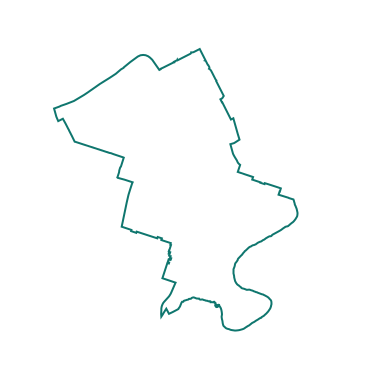 Bayswater, Western Australia, Australia (orthographic projection), rotated 333°
{"feature_id": "25037944B12143686182506", "entity_name": "Bayswater", "entity_type": "district", "adm_level": 2, "iso_a3": "AUS", "parent_name": "Australia", "parent_adm1": "Western Australia", "projection": "orthographic", "projection_center": [115.908, -31.909], "detail": "fine", "context": "isolated", "style": "outline", "palette": "teal", "viewbox_px": 384, "rotation_deg": 333, "n_neighbors": 0, "source": "geoboundaries", "source_scale": "gbopen_adm2", "svg_char_len": 6039}
<svg xmlns="http://www.w3.org/2000/svg" viewBox="0 0 384 384"><g transform="rotate(333 192 192)"><path d="M263.9,120.8L263.9,104.2L264.1,104.1L264.2,103.9L264.4,103.7L264.2,103.1L264.1,102.3L264.1,101.7L264.1,93.1L264.0,92.1L263.8,91.2L263.4,90.3L263.1,89.9L263.5,89.6L263.9,89.2L264.1,88.8L264.1,88.3L264.1,86.3L263.8,85.9L263.8,81.3L263.6,81.1L263.8,81.1L263.8,68.1L256.9,68.1L256.0,67.9L255.1,67.5L254.7,67.2L254.3,67.7L253.8,68.0L253.2,68.1L239.6,68.1L239.0,68.1L239.0,67.6L238.8,67.8L235.0,67.8L235.0,68.4L234.5,68.3L234.2,68.2L222.5,68.1L220.3,68.0L220.1,68.0L219.9,68.4L218.3,68.4L216.6,56.1L215.5,53.0L214.5,51.1L212.8,49.1L210.7,47.7L208.2,46.8L205.2,46.7L196.0,48.2L187.8,50.0L187.4,50.3L184.4,50.5L177.7,52.1L170.6,52.9L159.0,53.9L143.3,56.1L139.9,56.5L128.1,57.3L120.0,56.5L114.4,55.7L112.6,55.7L107.0,55.0L105.3,63.4L105.1,66.4L105.0,68.1L110.2,68.1L110.4,73.8L110.4,79.9L110.5,80.3L110.4,81.3L110.4,88.2L110.3,93.9L110.7,94.2L136.3,119.8L137.4,120.6L139.2,122.6L146.4,129.9L146.8,130.4L140.2,137.1L139.4,137.4L138.8,137.9L136.9,139.9L136.2,141.0L135.6,141.7L132.4,144.9L132.1,145.1L132.2,145.6L137.5,150.4L143.5,156.4L142.4,157.3L138.4,161.3L134.3,165.5L133.1,166.9L129.0,171.8L113.6,191.0L120.8,198.3L120.0,199.2L123.8,203.1L124.7,202.2L140.0,217.5L141.0,216.5L144.1,219.6L143.0,220.6L143.3,220.9L143.1,221.1L149.9,227.9L148.7,229.2L149.2,229.7L145.3,233.6L145.2,233.5L144.3,234.4L144.7,234.8L144.5,235.1L145.2,235.8L144.1,236.8L143.4,236.2L143.2,236.4L143.9,237.1L142.7,238.3L143.0,238.6L143.0,238.8L143.8,239.5L142.5,240.7L143.4,241.6L142.4,242.6L141.9,242.2L141.6,242.5L140.6,241.4L138.6,243.4L139.6,244.5L138.9,245.2L137.8,244.1L136.9,245.0L126.5,255.4L136.2,265.3L127.7,272.3L126.5,273.2L124.5,274.4L123.6,274.8L118.1,276.9L117.3,277.2L116.0,277.8L115.0,278.5L113.9,279.4L113.0,280.3L112.3,281.2L111.6,282.2L111.2,283.1L109.1,286.7L108.1,289.1L110.4,287.8L111.9,286.8L116.1,284.3L116.2,290.1L120.4,290.2L126.7,290.1L127.1,289.7L128.4,289.1L129.5,288.4L130.3,287.7L130.8,287.2L131.6,286.6L132.3,285.9L133.0,285.5L133.4,285.3L134.2,285.8L134.5,285.8L134.8,285.6L135.0,285.5L135.3,285.3L135.9,285.3L137.1,285.6L138.6,285.8L139.6,286.1L140.1,286.1L140.6,285.9L140.9,285.9L141.6,286.3L142.7,286.6L143.0,286.5L143.5,286.3L143.9,286.3L144.4,286.3L145.2,286.5L145.5,286.6L146.0,287.0L146.9,288.0L147.3,288.5L147.9,289.1L149.9,290.2L149.9,290.8L150.2,291.3L150.5,291.6L151.3,292.0L152.2,292.3L152.6,292.5L153.4,293.5L155.0,294.9L155.1,295.2L156.2,295.8L156.8,296.6L157.1,296.9L157.9,297.2L158.7,297.7L158.8,297.9L158.7,298.1L158.4,298.3L158.4,298.6L159.2,298.9L159.9,299.4L160.8,299.7L161.4,299.7L161.8,299.8L162.1,300.0L162.1,300.5L161.8,301.0L162.2,301.4L162.4,301.4L162.5,301.5L162.3,302.1L162.2,302.6L162.5,303.4L162.8,303.9L162.9,304.3L162.8,304.5L162.6,304.6L162.2,304.6L161.9,304.4L161.7,304.2L161.5,303.6L161.3,303.4L161.2,303.5L161.1,304.0L161.2,304.4L161.3,305.3L161.4,305.5L161.5,305.6L161.9,305.8L162.5,306.0L162.8,306.0L163.4,305.7L163.5,305.4L163.4,305.1L163.4,304.6L163.5,304.4L163.8,304.4L164.4,304.5L164.9,304.9L164.7,306.0L164.9,307.6L164.9,307.9L164.9,308.8L164.6,310.5L164.0,312.5L163.2,314.6L161.8,316.5L161.4,317.5L160.9,319.1L160.8,319.8L160.4,321.2L160.1,322.0L159.7,323.2L159.3,325.2L159.3,325.5L159.4,326.0L159.8,326.9L160.1,327.9L160.6,329.0L161.4,329.9L162.7,331.0L163.2,331.6L163.9,332.4L164.9,333.2L167.3,334.9L168.8,335.6L170.7,336.3L171.7,336.6L174.7,337.2L175.8,337.3L176.7,337.3L178.5,337.0L179.5,337.0L180.2,336.8L181.4,336.8L182.3,336.8L186.1,336.0L187.3,336.0L187.8,336.0L188.6,336.0L190.5,335.7L192.7,335.6L194.9,335.3L195.5,335.3L196.0,335.5L196.6,335.4L196.8,335.4L197.1,335.1L197.3,335.1L198.3,335.0L199.5,335.0L202.3,334.2L202.9,334.1L203.7,333.8L204.1,333.6L205.3,333.2L205.9,332.9L208.8,331.3L210.0,330.2L210.6,329.6L210.9,329.1L211.6,328.4L211.9,328.0L212.3,327.2L212.8,326.1L213.1,325.1L213.1,324.2L213.0,323.7L212.6,322.5L212.3,321.2L211.7,319.8L209.8,317.0L209.3,316.4L208.8,315.6L207.8,314.8L206.9,313.8L204.8,311.5L204.4,310.9L204.2,310.7L203.7,310.4L202.9,309.4L201.9,308.4L201.7,308.0L201.0,307.2L200.1,306.4L199.9,306.2L199.3,305.5L199.0,305.2L198.0,304.7L196.5,304.1L195.8,303.4L194.6,302.0L193.1,300.7L192.6,300.2L192.5,299.9L192.3,299.1L192.2,298.6L191.6,297.7L191.3,296.6L190.7,295.7L190.3,294.7L190.0,292.8L190.0,292.1L190.0,290.7L190.1,290.4L190.3,289.6L190.5,288.6L190.7,287.8L190.9,287.0L191.3,286.2L191.8,284.3L192.0,283.4L193.2,281.1L193.9,279.7L194.5,279.1L194.9,278.8L196.0,277.8L196.8,276.9L197.2,276.3L198.0,275.4L198.6,275.0L199.4,274.7L201.5,273.6L201.8,273.4L202.2,272.8L203.0,272.3L207.3,270.8L208.2,270.6L208.5,270.3L209.2,270.1L209.5,269.9L210.0,269.6L211.2,269.2L211.5,269.1L211.9,268.8L212.1,268.7L212.6,268.6L213.0,268.6L216.1,267.7L216.3,267.6L217.0,267.4L217.3,267.4L218.2,267.1L218.6,267.1L219.0,267.2L219.6,267.3L220.6,267.1L221.5,267.1L222.1,267.1L223.1,267.4L224.4,267.5L225.1,267.6L225.4,267.5L226.5,267.3L228.0,267.1L230.0,267.2L230.9,267.4L231.5,267.4L232.3,267.3L232.7,267.2L233.7,267.1L234.8,267.2L236.8,266.8L240.1,266.6L241.0,266.7L241.4,266.8L241.9,267.1L242.3,267.2L242.6,267.2L243.1,267.1L243.9,266.7L244.4,266.6L251.3,266.4L253.4,266.3L254.4,266.2L257.1,265.7L258.6,265.6L259.3,265.4L260.4,265.6L261.4,265.9L262.1,266.0L262.8,265.8L263.9,265.6L264.8,265.3L267.2,264.8L268.1,264.7L269.4,264.3L270.3,263.9L271.8,263.2L274.2,261.7L274.8,261.2L275.4,260.4L276.3,259.0L276.5,258.6L276.8,257.6L277.6,254.5L277.8,252.3L277.9,251.3L277.9,249.9L278.3,248.7L278.5,247.4L278.8,246.2L279.0,244.7L275.6,241.4L275.4,241.0L267.9,233.7L270.3,231.3L270.5,231.5L272.8,229.1L270.6,226.8L268.2,224.4L263.6,219.8L260.9,217.2L260.2,217.9L257.1,214.8L257.4,214.5L251.3,208.3L253.2,206.4L241.9,194.9L247.2,189.7L246.7,188.5L246.3,187.3L246.2,186.0L246.3,184.2L246.2,183.0L246.0,180.6L245.9,178.6L245.9,176.9L246.0,176.1L247.9,166.8L251.5,167.5L252.1,167.5L254.3,167.3L258.1,166.9L259.1,161.2L262.3,145.1L259.6,145.1L259.7,125.8L259.4,125.8L259.4,122.3L260.6,122.3L261.4,122.2L262.1,121.9L263.9,120.8Z" fill="none" stroke="#0f766e" stroke-width="2"/></g></svg>